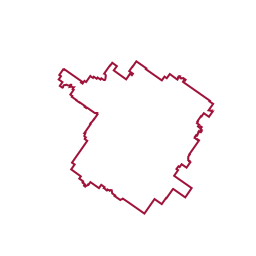 the district of Donnybrook-Balingup, Western Australia, Australia, rotated 125°
{"feature_id": "25037944B94844051789605", "entity_name": "Donnybrook-Balingup", "entity_type": "district", "adm_level": 2, "iso_a3": "AUS", "parent_name": "Australia", "parent_adm1": "Western Australia", "projection": "robinson", "projection_center": [115.939, -33.702], "detail": "fine", "context": "isolated", "style": "outline", "palette": "rose", "viewbox_px": 256, "rotation_deg": 125, "n_neighbors": 0, "source": "geoboundaries", "source_scale": "gbopen_adm2", "svg_char_len": 4565}
<svg xmlns="http://www.w3.org/2000/svg" viewBox="0 0 256 256"><g transform="rotate(125 128 128)"><path d="M188.7,65.5L171.0,65.5L171.0,60.7L171.0,56.7L164.2,56.7L163.5,56.7L163.5,56.2L161.8,56.2L152.3,56.2L152.0,56.1L152.0,41.3L140.7,41.4L140.7,57.9L140.7,60.7L140.7,62.8L134.6,62.8L133.8,62.8L133.8,64.5L133.8,64.8L130.4,64.7L130.4,63.3L126.9,63.3L126.9,57.3L120.2,57.3L120.3,58.7L119.7,58.7L119.7,61.2L119.7,61.3L119.7,61.2L119.4,61.1L119.2,61.0L118.9,61.1L118.7,61.1L118.4,61.1L118.2,61.2L117.0,62.2L115.6,62.2L114.4,62.2L114.4,62.7L99.8,62.7L97.4,62.7L97.4,64.5L97.9,64.5L97.9,66.0L97.9,67.8L96.7,67.8L96.7,68.1L94.8,68.1L94.8,67.1L93.8,67.1L93.8,67.5L90.9,67.5L90.9,68.1L89.7,68.1L89.7,65.9L88.1,65.9L88.1,66.8L87.5,66.8L87.6,67.1L87.2,68.0L85.0,68.1L85.0,69.4L86.7,69.4L86.6,71.6L84.5,71.6L84.5,74.3L82.9,74.3L82.9,74.9L81.6,75.0L80.4,75.0L76.4,75.0L76.4,74.4L76.0,74.4L75.6,74.4L74.1,74.4L72.4,74.4L72.4,73.4L72.4,69.7L72.4,68.1L68.0,68.1L66.2,68.1L66.3,68.2L66.3,68.3L66.5,68.5L66.5,68.8L66.5,69.0L66.5,69.3L66.5,69.6L66.0,69.6L66.2,69.8L66.3,69.9L66.3,70.0L66.5,70.4L67.3,72.1L67.1,72.1L64.9,72.1L59.4,72.1L59.5,76.5L58.7,76.5L58.7,102.0L58.7,109.4L57.6,109.4L57.6,109.5L56.5,109.5L56.5,108.5L55.4,108.5L55.4,111.1L55.8,111.1L56.0,111.9L56.1,112.4L56.3,112.6L57.0,112.9L57.0,113.0L57.0,113.6L56.9,113.6L56.9,114.8L56.9,115.1L55.8,115.1L55.9,115.4L56.0,115.5L56.2,115.8L56.3,115.9L56.4,116.0L56.6,116.0L56.8,116.1L57.0,116.1L57.4,116.1L57.6,116.1L57.8,116.0L58.0,116.0L58.1,115.9L58.3,115.8L58.6,115.7L58.8,115.5L59.1,115.5L59.4,115.4L59.6,115.3L59.8,115.2L60.0,115.2L60.0,117.5L59.8,124.7L65.0,124.8L65.0,127.6L65.3,127.6L69.6,127.6L69.6,143.5L69.6,147.2L68.6,147.2L68.6,159.4L75.2,159.4L75.2,159.6L80.7,159.6L80.7,155.1L82.5,155.1L82.4,157.5L84.1,157.5L84.9,157.5L84.9,157.4L89.2,157.4L89.1,166.4L89.0,172.7L83.7,172.6L83.6,178.3L84.5,178.3L87.0,178.4L87.0,178.6L89.1,178.7L90.9,178.7L96.3,178.7L96.8,178.7L97.0,178.7L96.9,178.5L96.8,178.4L96.8,178.2L97.0,177.9L97.1,177.6L97.2,177.4L97.2,177.2L97.3,177.1L97.5,176.7L97.7,176.4L97.8,176.2L98.1,176.0L98.3,175.9L98.7,175.8L99.0,175.6L99.5,175.4L99.7,175.2L100.0,175.0L100.3,174.9L100.8,174.7L101.0,174.6L101.5,174.5L101.8,174.5L102.0,174.5L102.3,174.8L102.5,175.2L102.5,175.3L102.6,178.4L104.1,178.4L104.1,181.9L105.6,181.9L105.6,184.7L105.6,185.4L107.1,185.4L107.1,188.1L107.0,188.7L114.4,188.7L114.4,190.7L117.7,190.7L117.7,192.7L116.4,192.7L116.4,196.9L116.4,213.8L117.1,213.8L117.1,214.7L121.4,214.7L124.0,214.7L124.0,212.6L128.0,212.6L128.0,208.0L132.6,208.0L132.6,205.4L132.6,205.0L132.5,204.8L132.4,204.7L132.2,204.6L131.8,204.6L131.6,204.7L131.5,204.8L131.3,204.9L131.1,205.0L130.9,205.0L130.6,205.1L130.4,205.1L130.2,205.1L129.9,205.0L129.6,204.9L129.4,204.9L129.3,204.7L129.2,204.4L129.0,204.1L128.6,203.9L128.4,203.8L128.2,203.7L127.9,203.3L127.8,203.2L127.9,202.8L127.9,202.7L127.7,202.3L127.6,202.0L127.5,201.5L127.4,201.2L127.2,200.9L127.0,200.7L126.8,200.5L126.5,200.2L126.4,200.1L126.2,200.0L125.9,200.0L125.8,199.9L125.7,199.9L125.7,199.7L125.4,199.4L125.2,199.2L125.3,199.1L127.6,199.1L127.3,198.8L126.5,197.9L126.3,196.8L126.0,196.2L126.0,195.8L125.9,195.7L127.9,195.7L127.9,194.4L133.7,194.4L133.7,191.9L134.7,191.9L134.7,186.3L135.0,186.3L135.0,182.4L134.7,182.4L134.7,175.7L135.6,175.7L135.6,173.6L134.9,173.6L134.8,172.1L134.8,171.2L134.8,163.8L134.8,163.7L134.6,163.4L134.4,163.2L134.2,163.0L134.1,162.9L133.8,162.6L133.5,162.0L134.2,162.0L134.2,160.8L137.1,160.8L140.1,160.8L140.1,161.0L141.6,161.0L141.6,160.9L144.8,161.2L144.9,161.4L146.4,161.4L146.4,160.8L147.6,160.8L150.0,160.8L153.0,160.8L157.1,160.8L156.6,160.0L159.7,159.2L159.8,158.9L159.8,158.7L159.9,158.3L159.9,158.1L160.0,157.9L160.0,157.7L160.2,157.4L160.1,157.2L161.5,157.2L161.8,157.2L161.9,154.0L183.7,154.0L188.5,154.0L188.5,150.8L194.5,150.8L194.6,143.5L194.7,138.9L197.4,138.9L197.4,136.7L197.4,134.3L198.3,134.3L198.3,133.4L198.9,133.4L198.9,131.0L200.4,131.0L200.4,129.8L200.6,129.8L200.6,129.4L199.4,129.2L198.9,128.7L198.7,128.6L198.0,128.3L197.1,128.3L197.1,127.8L193.9,127.8L193.9,125.4L193.9,122.2L193.9,120.6L193.9,117.3L189.9,117.3L189.9,116.1L189.9,115.3L189.9,114.1L189.9,113.7L189.9,113.3L190.2,113.3L190.9,113.3L191.1,113.3L191.0,112.9L191.1,111.6L191.1,110.4L191.3,110.3L191.3,109.5L190.8,109.5L190.7,109.5L190.1,109.5L190.1,109.0L190.3,108.9L189.9,108.2L189.9,107.0L189.1,107.0L188.8,106.6L188.5,106.0L188.3,105.7L190.6,103.4L190.6,99.9L191.4,100.0L191.4,94.6L191.4,93.0L190.5,92.7L189.7,92.0L189.2,91.7L188.8,91.7L188.7,85.2L188.7,65.5Z" fill="none" stroke="#9f1239" stroke-width="2"/></g></svg>